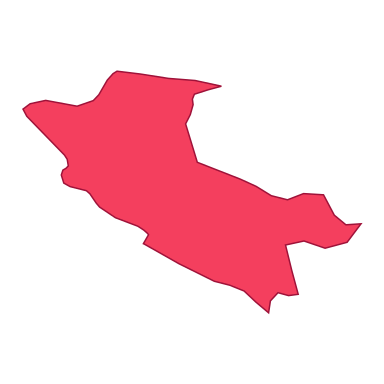 map outline of Independencia (Mercator projection)
{"feature_id": "DOM-1971", "entity_name": "Independencia", "entity_type": "Province", "adm_level": 1, "iso_a3": "DOM", "parent_name": "Dominican Republic", "parent_adm1": "", "projection": "mercator", "projection_center": [-71.641, 18.41], "detail": "fine", "context": "isolated", "style": "filled", "palette": "rose", "viewbox_px": 384, "rotation_deg": 0, "n_neighbors": 0, "source": "natural_earth", "source_scale": "10m", "svg_char_len": 904}
<svg xmlns="http://www.w3.org/2000/svg" viewBox="0 0 384 384"><path d="M114.1,73.0L117.0,71.2L140.2,74.0L168.4,78.4L195.1,80.5L221.4,86.2L207.8,89.9L194.4,94.2L192.4,99.1L193.1,104.7L190.3,114.6L185.6,123.9L197.3,162.3L240.2,179.1L256.2,186.4L271.3,195.7L287.5,199.8L303.5,193.6L323.5,194.8L334.3,215.2L345.9,224.8L361.0,223.8L347.1,242.3L325.1,248.2L304.0,241.0L285.5,245.0L291.7,270.2L298.2,294.3L288.6,295.6L278.0,292.7L270.4,300.9L268.6,312.8L256.1,302.3L244.1,291.0L229.7,285.2L214.4,281.3L178.9,263.7L144.3,244.1L143.4,243.7L143.6,243.3L148.5,234.8L147.6,233.5L143.8,230.1L137.8,226.2L115.4,217.7L99.6,207.1L96.3,203.2L89.9,193.8L86.4,190.7L70.1,186.6L63.8,183.1L61.3,175.0L62.9,170.1L66.0,168.3L68.3,165.9L67.2,159.3L64.5,155.1L26.8,116.3L23.0,109.1L30.2,103.7L45.7,100.4L77.1,106.2L93.3,100.6L98.8,94.8L107.3,80.1L113.0,73.7L114.1,73.0Z" fill="#f43f5e" stroke="#9f1239" stroke-width="1.5"/></svg>